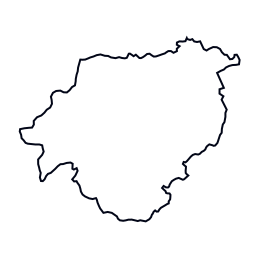 Maran, Pahang, Malaysia, rotated 93°
{"feature_id": "92858781B75033719782494", "entity_name": "Maran", "entity_type": "district", "adm_level": 2, "iso_a3": "MYS", "parent_name": "Malaysia", "parent_adm1": "Pahang", "projection": "mercator", "projection_center": [102.676, 3.6], "detail": "fine", "context": "isolated", "style": "outline", "palette": "ink", "viewbox_px": 256, "rotation_deg": 93, "n_neighbors": 0, "source": "geoboundaries", "source_scale": "gbopen_adm2", "svg_char_len": 2972}
<svg xmlns="http://www.w3.org/2000/svg" viewBox="0 0 256 256"><g transform="rotate(93 128 128)"><path d="M35.1,74.0L38.3,75.2L38.8,77.9L38.8,81.2L40.1,83.6L42.3,83.6L43.6,80.8L46.3,83.4L48.7,83.2L50.5,86.5L48.9,89.2L49.1,91.8L50.5,93.8L51.6,95.1L52.7,98.0L54.0,101.1L55.1,103.9L55.3,106.1L54.0,108.4L52.7,110.3L53.1,112.8L55.1,115.0L56.6,117.0L57.5,118.7L57.5,120.3L55.8,122.3L54.4,124.0L56.0,126.2L54.9,127.8L53.6,130.0L53.8,131.1L56.0,132.0L58.0,132.9L58.6,134.8L58.4,137.7L57.7,140.6L58.9,144.1L58.6,146.8L58.4,148.7L57.1,151.6L57.1,154.9L56.0,159.3L56.9,163.1L58.4,166.2L59.5,169.3L60.8,171.9L61.9,174.3L62.2,177.0L62.2,179.2L70.3,181.0L74.1,181.2L77.4,182.1L81.6,182.7L84.2,182.7L88.2,183.2L90.0,186.0L93.3,188.3L95.7,190.9L95.7,194.2L94.2,197.5L94.8,201.7L96.8,204.8L100.8,206.6L104.1,205.7L107.8,205.2L111.6,206.8L114.0,210.1L117.1,212.3L120.0,215.2L122.0,219.4L125.9,222.5L129.5,222.2L132.6,223.8L133.0,227.1L133.7,231.5L134.8,235.7L137.2,235.9L137.6,235.7L140.3,234.4L143.8,233.7L145.6,231.7L148.2,229.5L148.9,227.3L149.3,219.6L149.1,215.6L149.8,212.8L152.7,212.1L156.0,211.0L159.3,212.3L164.1,216.1L168.8,215.8L172.1,214.7L174.9,213.9L177.4,212.8L182.0,213.4L184.7,212.4L185.5,212.1L185.5,210.3L183.6,208.6L180.2,207.2L178.0,205.5L176.9,202.8L172.7,198.6L169.9,196.2L167.7,193.6L167.4,190.9L166.1,187.4L165.5,183.6L166.6,181.4L171.6,181.4L172.3,179.9L170.8,177.2L173.4,176.1L178.3,178.1L182.2,181.0L184.2,179.0L183.8,176.6L185.3,175.7L188.0,173.5L191.1,172.4L193.9,171.7L196.8,169.9L198.6,167.3L200.3,163.1L200.8,159.6L199.7,156.3L201.2,155.4L204.1,154.5L207.4,152.9L209.8,151.6L212.2,149.6L214.0,148.1L212.9,143.9L213.6,139.7L215.1,137.3L216.9,134.4L219.1,133.3L220.6,131.3L220.9,128.0L220.4,125.6L219.5,122.7L219.3,119.4L219.8,116.5L220.4,113.4L219.5,111.0L220.3,105.4L218.0,101.9L215.8,100.3L213.1,99.5L212.5,98.9L210.3,98.0L208.9,96.6L210.0,95.1L209.8,93.5L207.7,92.4L206.0,91.0L203.5,87.2L201.9,84.9L201.2,83.4L199.1,83.5L197.1,82.2L194.9,82.1L192.5,82.1L191.2,83.1L191.2,85.3L190.9,86.5L189.1,87.2L187.9,88.7L186.1,90.8L184.0,89.4L185.3,87.0L185.3,84.9L184.3,83.9L182.3,83.4L178.9,81.5L177.4,79.5L176.1,77.4L175.2,74.7L175.9,72.9L176.8,70.5L176.2,69.2L174.4,67.4L172.3,65.3L170.9,67.1L169.9,68.0L167.6,68.2L165.5,68.1L163.5,68.1L162.2,69.9L161.0,71.3L159.0,70.6L159.3,68.8L158.0,67.4L153.2,63.7L151.5,61.9L150.5,59.6L150.8,56.5L150.1,55.0L148.0,53.1L146.8,51.1L145.4,49.7L143.2,48.9L141.8,47.9L140.1,45.9L140.8,42.8L141.3,41.5L140.9,40.0L138.2,37.9L130.1,35.7L127.9,34.2L124.0,34.2L119.5,33.5L117.1,32.0L111.8,31.3L107.8,31.5L104.5,30.4L94.8,36.0L91.3,34.4L88.9,38.4L84.5,38.6L82.9,34.4L68.3,41.9L66.1,38.4L64.6,35.3L62.4,33.3L60.8,30.4L59.7,27.1L59.3,23.4L58.6,20.5L54.2,20.1L51.1,21.8L49.1,23.2L49.4,25.4L51.6,25.6L53.6,27.4L54.0,29.8L49.8,33.1L49.8,35.5L47.4,38.2L44.3,40.2L42.7,43.5L42.7,47.2L44.9,51.4L46.5,53.6L45.2,56.5L37.7,60.5L38.5,63.6L38.1,66.4L35.9,68.4L36.8,70.6L36.1,73.5L35.1,74.0Z" fill="none" stroke="#020617" stroke-width="2"/></g></svg>